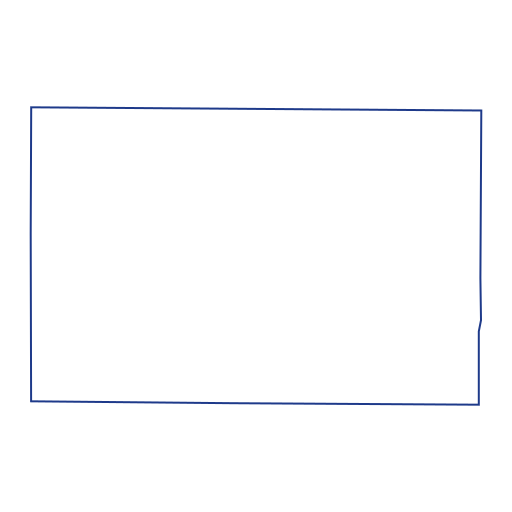 Elk, Kansas, United States of America (Robinson projection)
{"feature_id": "52423323B41715625130012", "entity_name": "Elk", "entity_type": "district", "adm_level": 2, "iso_a3": "USA", "parent_name": "United States of America", "parent_adm1": "Kansas", "projection": "robinson", "projection_center": [-96.163, 37.453], "detail": "fine", "context": "isolated", "style": "outline", "palette": "blue", "viewbox_px": 512, "rotation_deg": 0, "n_neighbors": 0, "source": "geoboundaries", "source_scale": "gbopen_adm2", "svg_char_len": 244}
<svg xmlns="http://www.w3.org/2000/svg" viewBox="0 0 512 512"><path d="M478.8,404.7L478.8,331.4L481.0,320.2L480.4,278.1L481.3,110.5L31.2,107.3L30.7,233.5L31.1,401.3L232.8,403.2L478.8,404.7Z" fill="none" stroke="#1e3a8a" stroke-width="2"/></svg>